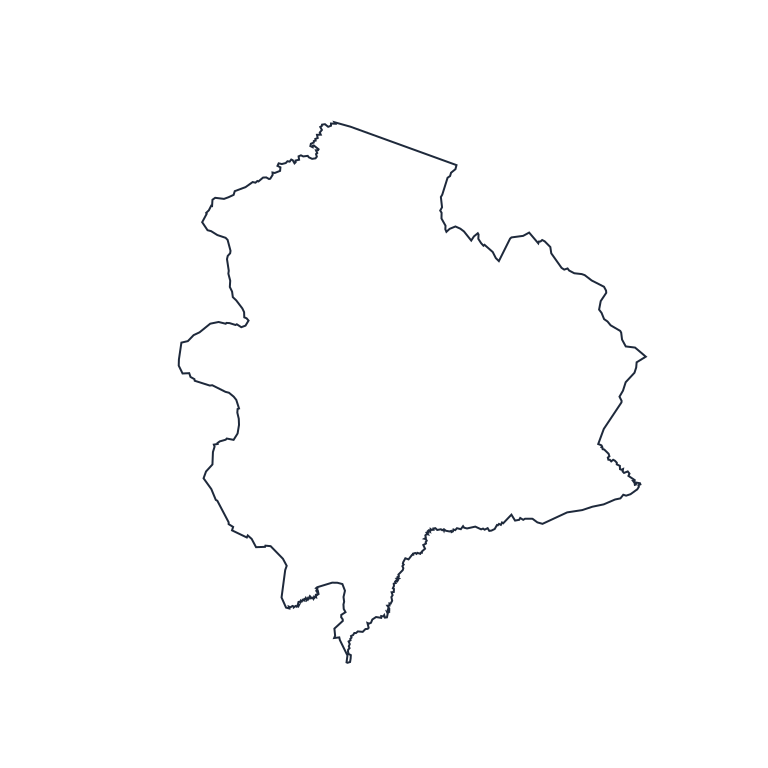 the district of Lat Yao, Nakhon Sawan, Thailand, rotated 316°
{"feature_id": "78962969B94323331085906", "entity_name": "Lat Yao", "entity_type": "district", "adm_level": 2, "iso_a3": "THA", "parent_name": "Thailand", "parent_adm1": "Nakhon Sawan", "projection": "natural_earth1", "projection_center": [99.741, 15.772], "detail": "fine", "context": "isolated", "style": "outline", "palette": "slate", "viewbox_px": 768, "rotation_deg": 316, "n_neighbors": 0, "source": "geoboundaries", "source_scale": "gbopen_adm2", "svg_char_len": 6166}
<svg xmlns="http://www.w3.org/2000/svg" viewBox="0 0 768 768"><g transform="rotate(316 384 384)"><path d="M421.2,146.2L410.6,141.6L407.2,143.5L401.8,141.6L397.5,139.7L391.9,132.8L388.6,132.3L384.0,136.5L383.6,135.7L378.6,137.4L374.9,137.4L374.7,138.4L365.6,141.3L363.9,150.8L365.8,153.9L367.6,161.1L371.6,168.8L371.6,171.7L366.1,181.6L364.1,183.1L360.6,183.3L357.8,185.1L351.0,194.7L348.7,196.5L345.1,202.9L340.5,207.1L338.9,212.0L335.6,216.5L335.8,221.2L334.6,231.2L333.3,235.1L329.8,239.0L330.8,241.3L330.6,244.3L324.9,245.8L320.8,244.0L319.6,238.8L318.2,238.4L315.2,232.9L313.1,230.6L312.0,230.7L308.1,224.5L300.9,219.9L287.2,218.7L281.0,216.6L272.7,216.9L267.0,213.5L253.5,223.9L249.1,228.2L246.4,236.5L251.4,240.9L249.7,244.5L251.0,248.8L250.1,250.2L257.6,264.1L259.6,265.6L264.5,279.5L266.4,282.6L267.1,288.7L266.7,292.8L262.7,300.9L261.3,300.3L258.6,302.7L255.4,308.1L251.3,312.7L244.3,317.9L237.0,319.7L233.0,314.0L231.4,314.1L226.0,311.2L223.2,310.8L222.7,311.6L219.5,309.4L218.6,311.4L213.7,314.1L204.7,322.7L195.2,323.3L188.7,326.5L186.8,339.6L182.5,350.5L183.0,352.2L176.2,375.5L174.9,376.9L176.2,382.0L173.0,383.7L178.7,399.1L180.8,398.3L181.2,403.5L178.6,412.5L185.3,418.5L186.4,417.9L189.8,421.9L189.9,439.5L187.7,447.2L183.7,449.2L162.0,466.4L158.2,476.8L159.9,479.6L160.9,478.0L161.5,479.6L164.0,480.1L164.5,481.2L163.9,482.0L166.2,482.3L166.5,483.5L167.6,483.2L167.8,484.5L169.8,483.8L169.5,482.4L171.1,481.4L172.4,482.1L172.3,482.9L173.8,482.1L173.9,483.3L175.4,483.0L176.0,484.0L176.2,483.0L177.1,483.6L177.0,482.7L178.0,484.3L178.6,483.9L178.2,485.5L179.9,484.8L179.6,486.2L183.3,485.1L183.2,487.2L182.6,487.4L183.6,488.1L183.0,488.5L184.2,488.4L184.0,489.5L185.8,488.6L185.7,489.5L186.9,489.3L187.1,490.1L187.8,489.1L189.1,489.3L187.9,488.0L191.2,489.3L192.4,487.4L191.4,487.0L191.6,485.8L192.8,485.8L192.5,484.5L193.1,485.4L193.9,484.9L193.4,483.7L194.8,483.8L208.7,490.9L212.4,494.6L215.1,499.0L212.3,505.6L206.9,509.1L204.1,512.9L201.7,514.4L198.8,517.8L197.8,521.4L192.9,520.4L191.2,522.0L190.8,524.6L189.8,525.8L178.4,525.5L174.0,531.1L171.7,532.1L175.8,535.2L174.4,537.5L169.1,553.9L163.7,558.2L164.1,559.2L166.5,560.4L169.3,558.3L171.8,556.0L171.0,553.6L172.3,551.4L173.7,550.2L175.7,550.1L176.5,548.2L178.7,547.3L179.7,544.6L181.9,545.1L182.7,543.9L184.4,543.9L185.2,542.4L187.4,543.1L189.7,542.5L190.8,543.7L193.3,543.8L196.5,547.5L200.4,547.4L202.2,548.8L203.6,548.7L206.1,544.4L206.8,546.0L208.8,546.7L212.0,545.3L216.4,546.1L219.5,550.2L220.8,549.0L222.0,550.7L223.6,550.4L222.4,552.7L224.0,553.9L227.1,551.8L227.9,549.9L228.4,551.4L229.4,551.6L230.1,550.5L229.2,550.0L230.1,548.9L230.9,548.6L231.2,549.8L231.8,549.2L232.4,545.8L234.1,547.2L235.5,545.6L236.2,546.6L239.3,545.6L241.3,542.4L243.5,541.9L244.8,539.1L246.6,540.4L248.8,538.3L248.5,537.1L250.9,536.2L252.3,534.4L254.2,535.3L254.7,533.9L256.1,533.8L256.5,535.1L257.6,534.5L258.2,535.5L258.0,532.9L259.8,534.1L259.7,532.3L261.3,532.5L262.0,531.1L268.2,530.9L270.0,529.9L270.7,527.8L272.7,527.6L272.8,526.3L274.1,525.5L278.3,524.2L279.8,527.2L285.4,526.4L286.4,527.1L287.0,526.2L289.1,527.3L289.4,528.8L290.7,528.6L292.1,531.3L293.2,530.8L294.0,531.7L295.1,530.8L299.1,531.0L300.4,527.1L303.4,527.9L304.1,526.7L305.9,526.4L306.3,524.5L305.6,523.4L307.2,523.8L308.6,521.6L310.5,521.7L311.1,522.6L311.4,520.7L312.6,521.6L313.1,520.3L314.2,520.3L314.5,521.8L315.0,520.8L315.7,521.6L316.7,520.7L316.9,522.0L318.4,523.3L319.1,522.2L320.8,523.4L320.9,526.0L324.0,528.0L324.3,529.6L325.8,530.0L325.3,531.2L326.3,530.7L326.6,532.6L328.7,535.6L330.2,536.3L329.7,537.4L331.2,537.9L332.9,536.9L333.7,538.6L336.3,538.4L338.4,541.8L342.1,541.2L341.8,543.0L343.4,545.6L350.6,550.0L352.9,556.0L354.8,556.8L355.2,558.7L358.4,559.7L357.7,562.8L359.5,564.1L362.9,565.2L367.3,563.9L367.7,564.7L369.5,564.5L370.2,566.5L372.7,565.6L373.0,567.0L384.9,566.5L383.4,573.3L386.9,575.6L388.9,575.0L389.8,578.4L391.9,578.9L397.2,584.1L398.2,590.1L400.9,594.7L426.6,603.6L439.0,612.4L448.6,617.0L458.4,623.2L470.0,627.6L474.6,630.5L479.2,629.9L480.6,632.5L484.7,634.5L493.1,635.7L495.9,635.0L496.7,633.5L498.7,634.3L499.2,633.2L497.0,630.2L495.3,631.3L494.4,630.8L495.5,629.2L495.8,626.9L496.7,627.9L497.6,627.3L496.0,619.9L498.3,619.0L498.6,616.2L494.9,614.7L494.9,612.7L496.9,611.2L495.2,610.6L494.6,609.2L496.8,606.7L495.6,603.5L496.8,602.3L496.8,599.6L496.2,597.7L493.7,597.5L493.8,595.3L492.8,594.3L493.9,592.4L495.9,592.6L497.1,590.2L496.9,584.1L496.0,582.8L496.8,581.8L496.5,580.5L497.5,580.4L497.8,579.1L496.4,576.0L510.9,569.0L542.0,562.2L543.2,561.2L544.6,556.7L551.3,554.8L559.1,550.6L572.0,549.9L576.9,547.3L580.8,543.9L591.3,546.2L589.9,532.2L584.0,524.9L586.1,517.4L590.3,511.8L590.8,509.9L587.8,499.2L588.2,494.3L587.4,490.2L589.9,484.0L590.4,479.9L597.5,474.9L607.2,472.8L608.6,471.1L609.8,466.9L605.3,453.8L604.0,445.1L602.6,442.3L597.8,436.5L596.0,431.0L596.3,428.4L593.1,426.9L592.4,423.8L595.1,406.2L598.8,401.0L598.7,393.0L597.8,390.3L595.6,390.2L594.3,389.1L592.7,390.0L593.6,375.9L587.0,374.1L577.5,367.1L575.7,367.0L552.0,375.4L551.9,371.1L553.9,364.6L553.0,353.7L551.6,353.6L551.7,350.1L552.7,345.1L555.9,342.1L556.2,340.7L551.2,340.3L546.4,341.4L547.5,329.8L546.8,325.3L544.8,320.3L539.0,318.0L534.6,317.9L535.6,315.3L538.2,312.9L540.3,304.9L544.4,300.8L544.9,298.3L548.5,297.2L554.8,289.0L557.4,288.3L573.0,279.8L576.0,280.3L579.0,278.6L584.6,279.1L588.2,276.9L538.6,175.6L530.2,161.3L529.8,163.0L526.8,159.8L525.3,161.4L522.5,160.2L522.0,156.1L519.6,154.4L518.4,155.2L516.7,154.8L515.8,158.1L512.5,158.5L511.7,160.7L508.9,158.2L507.2,161.0L504.8,160.0L503.9,161.4L502.3,160.5L501.2,161.5L498.3,160.4L496.3,161.7L497.2,164.2L498.4,163.2L499.2,163.6L500.0,169.7L499.0,170.0L497.4,168.6L496.4,171.5L494.8,171.4L493.6,173.8L491.5,174.1L488.7,172.1L487.4,168.7L487.6,166.9L484.0,164.2L483.1,161.8L480.7,160.9L478.7,163.7L475.6,161.8L474.5,163.1L472.9,163.1L473.8,159.6L473.2,158.1L470.6,158.5L469.3,156.7L466.8,156.8L463.3,154.8L461.5,152.1L458.9,153.1L460.0,156.2L457.3,158.5L452.0,156.3L450.7,154.4L449.2,156.2L444.8,157.3L443.7,156.7L442.8,153.6L440.4,151.5L434.4,151.1L433.9,150.0L431.4,149.9L429.8,147.5L421.2,146.2Z" fill="none" stroke="#1e293b" stroke-width="2"/></g></svg>